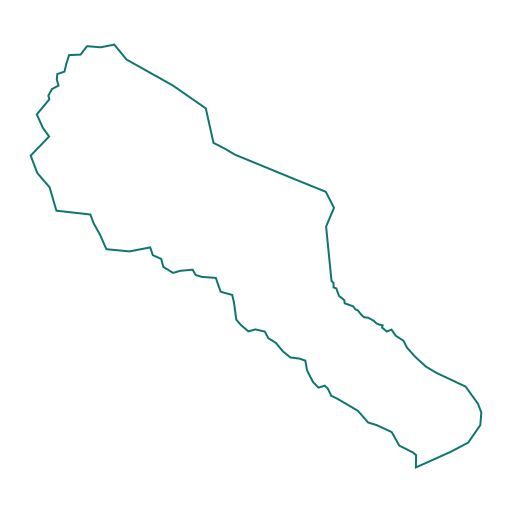 Jalingo, Taraba, Nigeria
{"feature_id": "59680162B33993495702938", "entity_name": "Jalingo", "entity_type": "district", "adm_level": 2, "iso_a3": "NGA", "parent_name": "Nigeria", "parent_adm1": "Taraba", "projection": "albers", "projection_center": [11.353, 8.933], "detail": "fine", "context": "isolated", "style": "outline", "palette": "teal", "viewbox_px": 512, "rotation_deg": 0, "n_neighbors": 0, "source": "geoboundaries", "source_scale": "gbopen_adm2", "svg_char_len": 1483}
<svg xmlns="http://www.w3.org/2000/svg" viewBox="0 0 512 512"><path d="M415.9,467.4L450.3,452.0L468.2,442.6L480.3,425.1L481.3,412.5L478.0,403.8L471.8,395.2L465.6,386.6L436.4,372.9L425.9,366.6L414.9,356.5L407.1,347.8L403.5,340.8L395.6,335.6L391.5,329.6L386.8,331.5L382.1,327.6L382.6,325.3L378.9,324.5L376.3,323.3L373.9,320.9L368.1,317.7L364.1,317.3L361.6,315.1L360.0,313.1L358.0,310.5L355.3,309.3L353.1,306.3L349.1,304.9L344.7,303.3L344.3,300.2L341.9,298.2L339.1,296.0L337.2,291.0L336.3,288.4L333.6,287.4L333.5,282.9L331.5,281.0L326.1,226.6L334.0,207.8L325.8,191.8L295.1,179.4L235.0,154.7L225.1,148.8L213.5,142.9L205.8,108.4L173.0,85.6L126.5,59.5L114.3,44.6L100.7,47.3L87.0,46.2L80.6,54.6L69.1,55.1L66.3,63.9L64.5,71.6L57.3,74.1L56.8,79.4L58.5,85.6L51.9,89.1L48.4,95.6L49.3,99.4L36.8,114.4L42.9,127.9L49.1,136.5L30.7,155.6L37.3,173.1L49.6,187.3L53.0,199.0L56.4,210.7L90.3,214.5L93.6,223.2L100.0,234.7L106.4,249.2L129.5,251.4L150.2,247.4L152.8,255.2L161.2,258.9L163.3,266.9L173.1,272.9L180.4,270.8L192.6,269.7L195.7,275.0L201.9,276.9L215.8,277.9L217.9,284.0L220.6,291.6L223.6,292.6L232.2,294.9L234.0,302.7L236.3,319.6L240.7,324.8L248.4,331.4L255.4,329.4L264.8,331.6L266.5,334.7L268.3,338.2L276.0,343.0L283.0,351.5L290.5,357.5L299.4,358.6L305.3,360.6L307.1,370.5L312.9,381.9L318.4,387.6L324.8,385.7L327.8,388.6L331.3,395.8L337.3,398.7L358.0,410.9L368.1,422.5L376.6,425.1L391.7,432.1L399.3,445.6L412.6,452.3L416.1,455.1L415.9,467.4Z" fill="none" stroke="#0f766e" stroke-width="2"/></svg>